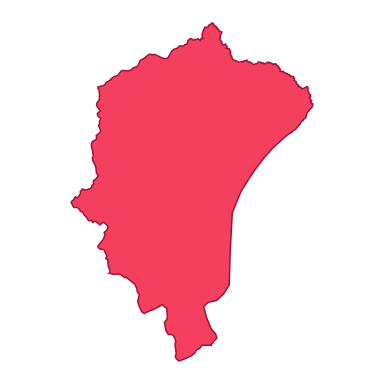 the district of Xon, Houaphan, Laos
{"feature_id": "54806243B87375658661080", "entity_name": "Xon", "entity_type": "district", "adm_level": 2, "iso_a3": "LAO", "parent_name": "Laos", "parent_adm1": "Houaphan", "projection": "orthographic", "projection_center": [103.485, 20.489], "detail": "fine", "context": "isolated", "style": "filled", "palette": "rose", "viewbox_px": 384, "rotation_deg": 0, "n_neighbors": 0, "source": "geoboundaries", "source_scale": "gbopen_adm2", "svg_char_len": 5764}
<svg xmlns="http://www.w3.org/2000/svg" viewBox="0 0 384 384"><path d="M312.8,104.0L312.3,103.5L311.4,103.5L311.3,102.9L310.5,101.7L311.4,101.2L311.6,100.5L310.5,99.7L310.3,98.4L309.2,97.9L309.9,96.8L310.6,96.5L310.4,95.9L310.7,95.1L309.6,93.9L309.1,93.8L308.7,92.5L308.7,91.9L308.0,90.9L307.9,88.8L308.1,87.9L307.3,86.6L305.5,87.2L304.7,88.0L303.4,88.3L302.4,89.0L299.8,86.6L298.4,86.8L298.2,86.4L298.5,85.6L298.3,85.0L296.9,84.2L296.6,84.2L296.5,83.7L296.7,83.3L296.4,82.8L296.2,81.8L294.1,80.2L294.6,78.9L293.7,78.1L293.9,77.3L293.3,76.4L292.7,76.4L292.6,76.6L291.1,76.4L290.8,75.7L289.6,75.6L289.3,75.1L289.2,74.5L288.2,74.5L287.2,73.6L286.5,74.0L286.4,73.8L286.4,73.3L283.7,72.5L283.6,71.7L283.1,71.3L280.4,71.5L280.0,71.4L280.3,70.7L280.0,69.7L280.1,68.8L279.7,68.7L279.3,68.0L278.7,67.7L278.7,66.7L278.3,66.5L278.0,66.6L278.0,66.0L277.9,65.8L276.7,65.0L276.0,64.0L275.5,64.3L275.2,63.8L274.8,63.7L272.8,64.6L272.4,63.8L271.8,63.3L271.0,63.3L270.8,62.9L269.7,62.6L268.7,62.8L268.6,62.3L268.2,62.1L265.4,63.5L263.8,63.8L263.0,62.9L261.8,63.1L261.2,62.3L260.3,62.4L258.7,61.9L258.0,62.3L257.2,63.5L256.3,63.8L255.5,63.8L254.0,64.6L252.1,63.7L251.9,63.1L251.1,62.8L250.5,62.2L250.2,62.1L249.4,62.5L248.5,61.6L247.4,61.6L247.1,61.2L246.9,60.1L246.1,60.5L244.5,60.8L242.7,61.9L242.3,61.8L241.8,61.3L240.4,62.1L239.5,62.2L233.3,59.8L232.2,58.6L231.9,57.0L231.3,56.1L231.0,55.0L230.2,54.4L230.3,53.3L230.7,52.7L230.7,52.0L230.4,51.0L229.2,48.8L229.0,48.6L227.8,48.7L226.0,48.2L226.9,47.4L227.2,46.6L225.9,45.6L225.6,44.0L223.7,44.8L222.6,44.8L222.2,43.5L221.6,43.0L221.9,42.1L221.4,41.8L221.3,41.2L220.6,40.8L220.1,40.1L220.2,39.3L219.8,38.4L220.4,37.4L220.0,36.8L220.4,36.1L220.1,35.6L220.8,34.6L220.9,34.0L221.5,33.5L221.5,32.7L221.8,32.1L220.8,32.0L220.4,31.3L219.7,31.4L219.3,30.9L218.8,30.8L218.8,30.0L218.3,29.2L218.0,28.9L217.3,28.9L217.2,27.9L216.4,27.2L216.1,26.4L215.3,26.0L214.1,26.0L213.9,25.3L214.0,24.6L213.6,24.3L213.6,23.8L212.2,23.0L211.5,23.2L211.5,23.7L210.8,24.0L210.0,24.8L209.0,25.0L208.4,25.8L208.1,26.7L207.4,27.5L204.9,27.1L204.6,28.7L203.8,29.1L203.7,30.3L203.0,31.1L202.9,32.5L202.0,34.4L202.3,35.6L202.4,37.4L203.0,38.5L201.7,38.6L201.3,38.3L201.0,39.3L200.6,39.6L200.1,40.6L199.5,39.8L198.4,39.3L198.0,38.7L195.9,39.8L194.5,39.4L194.2,39.9L193.6,40.1L193.1,40.1L192.3,39.3L191.3,38.8L190.7,38.5L190.1,38.6L187.9,40.6L187.1,43.7L186.8,44.1L185.0,44.6L183.8,45.6L183.0,46.0L179.5,45.9L178.8,46.5L178.2,47.4L177.4,48.1L176.8,48.4L176.0,48.5L174.5,49.4L173.8,49.2L173.3,49.9L171.8,50.9L168.6,56.6L168.2,57.7L167.2,58.3L164.8,58.6L162.5,58.1L155.0,54.5L151.9,54.8L150.4,54.2L149.5,54.3L147.7,55.3L146.1,56.6L145.2,57.7L143.0,59.0L141.2,59.7L140.1,60.6L138.3,64.9L137.2,66.3L134.9,67.4L133.9,67.5L133.1,67.9L131.9,69.3L130.7,70.0L128.7,70.7L126.9,70.8L123.4,70.4L122.1,70.6L120.9,71.3L119.0,73.6L118.5,74.5L117.6,75.3L113.6,76.9L111.8,78.2L111.0,78.9L110.4,79.9L107.6,81.8L106.5,82.4L105.7,83.1L105.3,84.0L104.5,84.9L102.6,85.8L98.7,86.7L97.8,87.2L97.7,87.9L99.1,90.4L99.3,93.4L99.6,95.6L99.2,99.8L98.4,101.1L97.1,102.5L96.5,105.5L97.8,107.2L98.5,108.7L100.0,110.1L100.0,110.8L99.6,111.5L97.8,112.9L97.4,113.7L97.3,114.6L97.8,115.7L98.7,116.9L100.4,118.0L100.6,118.4L100.5,119.1L99.3,121.8L99.3,122.4L99.6,123.3L99.6,124.1L98.6,125.2L98.5,125.7L100.4,129.6L100.4,131.7L100.0,132.4L96.2,135.6L96.6,138.1L96.2,139.3L95.3,140.2L94.8,140.1L93.5,140.8L92.5,141.5L91.8,142.8L91.3,144.7L91.5,146.6L92.7,151.7L92.7,153.0L93.3,154.6L93.3,155.6L92.3,158.2L92.9,160.9L93.8,161.9L94.1,163.6L95.0,164.6L96.0,168.1L96.3,172.4L96.9,173.8L98.3,175.6L95.7,179.2L94.3,179.9L93.7,180.8L93.2,182.2L93.6,184.0L93.4,184.4L92.3,185.1L91.8,185.8L91.5,187.3L91.0,188.0L90.0,188.7L87.7,189.3L86.9,189.8L85.5,189.9L83.9,189.6L83.1,189.1L82.3,189.1L81.9,189.3L81.5,190.3L80.3,191.4L80.4,193.3L80.1,194.4L77.4,197.7L76.8,197.8L75.4,196.8L75.0,197.1L74.2,198.8L73.1,200.3L71.5,201.4L71.2,202.0L71.3,202.7L73.3,206.6L74.2,207.5L77.0,207.4L79.3,209.1L80.3,211.3L82.1,211.9L82.9,212.6L84.3,215.2L85.9,216.5L88.0,219.9L88.5,220.4L89.9,221.0L90.6,220.8L91.2,220.3L91.6,220.3L92.1,220.8L92.5,222.2L92.9,222.5L93.5,222.3L94.8,221.3L95.4,221.2L96.3,221.7L98.6,223.8L99.1,224.4L99.9,224.9L100.4,224.7L101.8,223.1L103.4,222.5L104.1,222.5L107.8,226.1L107.9,226.6L107.3,229.3L106.7,230.4L104.4,232.3L104.2,232.7L104.3,233.5L105.0,234.3L104.9,235.2L103.6,238.5L102.3,240.6L98.2,245.5L97.9,246.3L98.1,247.2L98.7,248.1L100.0,249.0L103.6,249.6L104.3,250.2L104.9,251.1L105.0,252.5L106.4,254.6L106.7,256.1L105.9,258.1L105.9,258.8L106.2,259.0L107.3,259.1L107.8,259.5L108.0,263.6L108.3,265.1L108.3,266.5L108.7,267.8L109.6,269.0L110.0,272.4L109.8,272.9L109.1,273.2L114.0,274.5L117.9,274.1L120.2,274.1L124.3,277.4L126.1,277.4L134.6,284.0L136.7,288.1L137.4,292.2L139.3,294.3L137.7,301.4L139.3,306.7L141.8,311.8L144.2,313.5L148.9,311.1L153.2,309.7L158.6,306.9L161.9,304.7L166.6,308.4L167.3,314.7L167.3,318.4L164.4,322.8L165.6,328.7L166.2,331.2L168.4,334.5L171.3,334.5L172.9,335.1L174.9,338.2L175.7,341.7L175.0,344.7L176.2,353.1L175.3,356.9L176.6,359.0L178.8,361.0L181.5,360.1L186.6,358.1L192.0,355.5L192.6,354.7L194.8,353.0L196.5,349.8L198.8,349.0L199.6,348.4L202.1,345.2L211.5,345.3L211.5,344.0L212.8,343.0L213.8,341.2L215.7,339.4L216.9,337.6L215.4,333.6L211.1,328.7L206.4,317.0L203.8,306.6L208.0,302.3L216.5,300.5L223.5,294.0L229.2,285.1L230.2,251.8L232.3,212.7L241.1,191.3L248.6,179.3L254.9,169.9L263.7,158.3L273.3,147.5L287.2,135.0L292.8,131.5L293.3,130.7L293.9,130.1L295.2,129.6L296.1,128.8L296.5,128.1L297.1,127.6L297.6,126.8L298.7,125.6L299.2,124.6L300.1,124.1L301.4,121.4L302.7,120.7L303.2,120.3L303.5,119.4L304.0,119.0L304.7,118.7L306.1,117.2L306.4,114.9L307.4,112.3L308.6,111.2L310.2,109.0L311.3,108.1L312.5,106.4L312.8,104.0Z" fill="#f43f5e" stroke="#9f1239" stroke-width="1.5"/></svg>